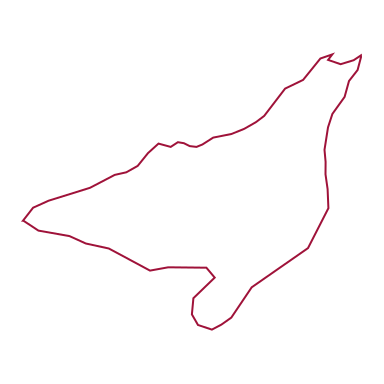 outline of Grand Casablanca
{"feature_id": "MAR-1450", "entity_name": "Grand Casablanca", "entity_type": "Region", "adm_level": 1, "iso_a3": "MAR", "parent_name": "Morocco", "parent_adm1": "", "projection": "mercator", "projection_center": [-7.577, 33.547], "detail": "fine", "context": "isolated", "style": "outline", "palette": "rose", "viewbox_px": 384, "rotation_deg": 0, "n_neighbors": 0, "source": "natural_earth", "source_scale": "10m", "svg_char_len": 801}
<svg xmlns="http://www.w3.org/2000/svg" viewBox="0 0 384 384"><path d="M23.0,220.7L33.1,207.7L48.6,200.7L90.0,187.8L114.7,174.9L126.3,172.3L137.7,165.9L148.0,153.1L158.5,143.6L170.7,146.9L177.9,142.2L183.9,143.2L189.7,146.1L196.5,146.9L202.4,144.5L213.2,137.6L231.4,134.0L244.3,128.8L256.0,122.1L264.2,115.9L285.1,88.6L303.1,79.9L320.4,58.5L332.3,54.4L328.1,59.9L340.6,64.2L353.7,60.2L360.9,55.4L361.0,57.1L357.6,70.0L349.0,81.0L344.6,96.9L332.4,113.9L328.0,127.4L324.5,149.8L325.6,161.9L325.5,174.3L327.6,189.1L328.4,208.2L308.0,248.1L251.7,287.3L231.3,317.6L221.4,324.6L211.9,329.6L198.0,325.0L191.9,314.4L193.4,298.2L214.7,277.6L206.4,267.7L168.2,267.3L150.0,270.6L108.8,248.5L85.8,243.5L69.5,236.1L38.4,230.6L24.0,221.1L23.1,220.7L23.0,220.7Z" fill="none" stroke="#9f1239" stroke-width="2"/></svg>